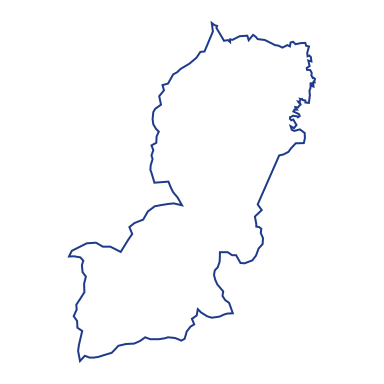 outline of Pano Pyrgos, Nicosia, Cyprus
{"feature_id": "46923920B70201539019351", "entity_name": "Pano Pyrgos", "entity_type": "district", "adm_level": 2, "iso_a3": "CYP", "parent_name": "Cyprus", "parent_adm1": "Nicosia", "projection": "orthographic", "projection_center": [32.674, 35.131], "detail": "fine", "context": "isolated", "style": "outline", "palette": "blue", "viewbox_px": 384, "rotation_deg": 0, "n_neighbors": 0, "source": "geoboundaries", "source_scale": "gbopen_adm2", "svg_char_len": 3260}
<svg xmlns="http://www.w3.org/2000/svg" viewBox="0 0 384 384"><path d="M71.7,251.0L69.0,256.5L74.1,256.3L80.4,257.4L83.3,260.7L81.9,265.2L82.6,272.2L85.9,276.6L84.1,283.7L84.4,292.2L80.0,299.2L76.3,304.7L76.7,309.5L73.7,316.2L77.1,321.0L77.4,327.7L82.2,331.0L78.9,345.1L78.1,351.0L80.0,361.0L84.8,355.8L89.6,357.6L93.4,357.6L93.6,357.6L98.4,356.9L103.7,355.2L105.4,354.7L111.7,352.8L112.6,351.9L115.3,349.1L118.3,345.8L126.0,344.0L134.1,343.6L140.0,341.0L143.5,338.5L145.2,337.3L150.3,339.2L152.4,339.2L158.8,339.2L162.8,338.6L164.3,338.4L168.0,337.3L173.3,337.8L175.4,338.1L178.8,339.5L181.3,340.6L184.6,338.8L185.5,335.8L186.4,332.6L186.8,331.4L188.9,328.7L190.5,326.6L192.3,325.5L194.2,324.4L193.1,321.6L191.9,318.8L196.7,315.5L197.8,309.2L201.1,312.5L207.0,316.2L208.4,316.7L211.8,317.7L216.1,317.1L219.6,316.6L221.3,315.8L224.1,314.5L227.2,313.6L232.8,313.3L230.6,307.0L229.1,302.9L225.1,300.0L224.4,298.9L222.5,295.9L223.2,291.4L217.3,284.4L216.2,281.9L215.4,280.2L214.6,277.3L214.0,274.8L214.5,271.9L214.8,270.4L216.5,268.6L217.7,267.4L218.0,266.5L219.6,261.9L219.7,260.3L219.9,255.9L219.9,254.2L219.9,252.2L227.7,252.2L232.1,255.2L236.1,255.2L240.5,263.0L244.6,263.3L252.3,260.4L256.0,255.6L258.6,248.5L262.6,244.1L263.0,238.2L260.8,233.0L261.3,228.8L259.2,227.1L256.3,226.6L256.3,224.0L255.4,219.1L255.1,217.7L254.9,216.5L261.7,210.1L257.7,204.4L279.2,155.4L283.4,154.5L288.4,151.9L290.9,148.5L295.7,143.3L303.8,143.1L304.9,138.3L304.7,133.0L299.9,129.4L294.2,130.9L291.8,129.8L290.6,126.2L294.0,128.1L296.5,125.0L293.2,119.5L291.3,120.3L289.9,118.8L290.1,117.1L291.2,116.8L293.0,115.7L295.0,116.1L296.9,116.3L297.9,117.3L299.7,116.0L298.9,114.1L293.4,111.5L294.4,109.7L296.9,109.7L295.5,108.1L295.3,107.0L298.0,107.5L299.3,105.6L300.6,104.6L300.1,103.1L298.9,102.7L298.1,101.5L299.5,101.7L300.5,99.8L300.1,98.9L301.2,99.2L302.0,98.9L302.8,100.0L303.7,100.3L305.0,100.3L305.4,100.9L305.4,102.5L308.9,102.9L309.9,95.1L309.5,91.1L309.8,89.5L310.4,88.5L310.6,86.1L310.5,83.5L310.7,83.2L311.1,83.2L312.2,85.1L312.3,86.2L313.5,86.6L313.1,82.5L314.6,82.4L314.0,81.1L314.6,80.4L315.0,78.9L313.5,77.7L312.8,78.0L311.3,75.3L311.6,74.3L311.7,72.9L311.0,71.5L310.2,70.1L307.0,69.8L306.7,68.0L309.6,66.1L308.3,60.5L311.4,61.4L310.9,57.2L309.4,55.6L307.6,56.3L307.2,52.9L309.0,46.5L306.2,45.8L305.3,42.9L300.9,43.1L295.5,44.2L293.1,41.8L290.6,42.5L289.9,46.4L287.4,45.1L282.5,47.6L278.3,45.6L274.9,45.1L272.9,44.0L264.8,40.0L257.7,39.1L255.6,36.7L253.1,34.9L248.7,40.2L247.3,35.7L239.7,36.2L232.6,39.8L230.1,39.4L230.1,42.1L228.0,40.1L224.0,40.8L220.5,34.8L216.4,27.9L217.1,25.9L214.6,25.2L211.8,23.0L212.9,31.5L204.5,51.5L200.4,51.9L196.4,57.8L189.4,63.7L180.6,68.9L177.2,72.2L173.2,74.4L168.0,83.6L162.5,85.1L164.0,90.3L159.2,96.2L161.0,104.7L155.2,108.8L153.3,112.1L152.6,119.1L153.3,124.3L155.9,128.7L158.8,131.7L156.6,136.5L156.3,142.8L151.5,145.4L153.3,150.2L151.5,155.4L152.6,159.1L150.7,165.3L150.4,169.8L151.8,173.8L154.4,182.7L163.6,182.0L168.4,181.6L171.0,187.9L173.2,192.3L177.6,197.5L182.0,205.3L173.7,203.4L167.9,204.0L161.0,205.1L154.7,206.3L147.8,211.5L143.2,219.6L134.5,223.0L129.4,227.1L132.2,234.0L128.2,239.8L120.7,251.9L110.4,246.7L102.9,246.7L96.0,242.7L86.8,243.3L71.8,250.8L71.7,251.0Z" fill="none" stroke="#1e3a8a" stroke-width="2"/></svg>